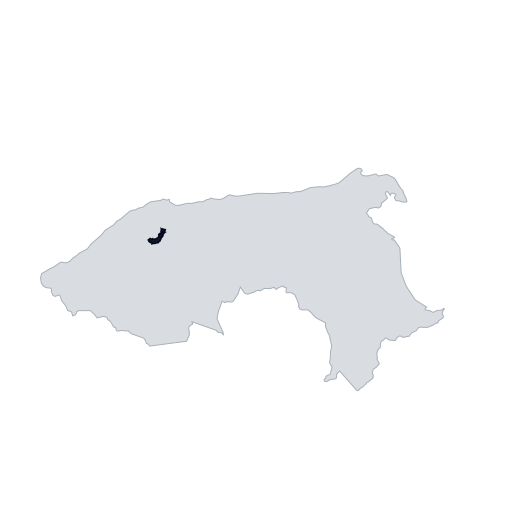 location of Victor Fajardo, Ayacucho, Peru, rotated 109°
{"feature_id": "86281439B25183638653455", "entity_name": "Victor Fajardo", "entity_type": "district", "adm_level": 2, "iso_a3": "PER", "parent_name": "Peru", "parent_adm1": "Ayacucho", "projection": "robinson", "projection_center": [-74.315, -13.871], "detail": "fine", "context": "in_parent", "style": "filled", "palette": "ink", "viewbox_px": 512, "rotation_deg": 109, "n_neighbors": 0, "source": "geoboundaries", "source_scale": "gbopen_adm2", "svg_char_len": 7171}
<svg xmlns="http://www.w3.org/2000/svg" viewBox="0 0 512 512"><g transform="rotate(109 256 256)"><path d="M352.1,149.3L352.0,150.7L350.5,151.4L349.0,150.4L346.9,150.7L343.8,147.4L336.3,147.9L333.0,151.7L328.0,152.6L322.6,154.3L316.5,155.1L306.8,161.1L304.6,163.6L300.2,167.2L296.6,168.4L294.9,179.4L291.4,185.8L290.0,189.4L291.9,194.7L291.9,197.3L289.9,199.4L288.3,199.6L285.0,201.9L280.1,206.7L279.2,210.5L280.8,215.4L280.3,216.0L276.2,216.9L276.3,219.7L275.5,220.7L278.9,224.7L280.8,225.6L280.9,226.6L280.6,227.6L279.8,228.1L279.8,228.9L282.2,231.9L284.0,237.7L287.6,240.6L287.7,242.5L288.7,244.4L290.6,245.8L294.9,251.7L295.0,254.4L290.5,260.7L298.0,260.7L306.2,262.8L307.3,263.8L308.3,266.7L308.4,268.5L310.1,270.0L309.9,273.4L320.8,273.5L327.8,272.6L339.2,262.1L341.0,261.2L340.0,263.5L339.9,265.2L340.5,267.0L339.2,269.6L339.0,295.1L341.0,293.7L343.7,296.1L345.6,296.3L351.9,293.4L359.1,293.8L375.8,327.2L374.3,329.5L374.4,331.2L372.3,332.7L370.2,335.4L370.1,348.6L368.3,352.6L369.3,354.7L370.2,358.9L371.7,361.5L372.1,363.1L371.9,363.7L369.6,365.2L369.4,367.6L365.2,372.3L364.4,375.5L362.8,376.6L362.5,380.2L366.3,386.1L363.9,389.6L361.6,394.8L365.3,405.7L366.9,407.3L368.5,407.2L371.0,408.2L372.3,409.8L369.3,411.9L368.7,412.8L368.9,416.3L365.6,419.1L361.0,425.9L359.8,426.3L357.5,428.4L357.1,429.4L357.5,430.4L359.4,432.4L359.6,434.9L356.3,438.0L354.1,438.4L353.2,439.2L354.1,443.4L354.1,445.4L353.4,447.6L351.7,450.0L346.9,452.6L342.5,453.0L335.1,446.7L332.7,444.1L325.4,438.7L324.2,433.1L321.7,430.4L317.2,428.3L313.6,425.4L310.9,424.1L304.2,417.8L298.1,415.7L286.7,409.1L280.6,406.9L272.7,400.6L268.4,398.9L265.0,396.0L254.7,389.9L253.1,387.9L251.5,384.8L249.2,383.0L246.6,378.8L242.7,376.4L239.0,373.1L234.5,364.3L232.3,362.3L232.2,358.4L230.7,356.5L232.9,355.2L234.3,349.0L233.5,345.9L228.3,337.6L227.3,334.1L223.4,327.8L222.0,323.9L218.9,321.1L217.6,318.7L215.9,317.7L215.8,314.8L214.6,309.2L212.9,306.3L206.8,301.1L206.2,295.4L204.8,291.4L196.3,275.3L191.3,259.8L187.2,251.2L185.4,246.2L185.3,243.6L182.2,239.0L180.5,234.8L173.6,226.8L169.5,217.8L169.0,215.1L166.2,210.2L161.8,203.8L159.6,201.2L146.3,193.3L140.0,188.5L139.2,186.0L139.5,184.6L140.9,183.2L142.8,184.3L144.0,183.8L144.9,182.1L144.9,179.4L143.7,176.0L139.4,169.3L140.5,166.3L136.2,158.6L137.2,151.1L138.2,149.2L144.6,141.7L146.4,138.4L149.1,136.4L152.0,133.4L155.4,131.0L156.3,131.8L157.4,135.9L157.2,138.6L158.1,141.6L155.8,144.3L153.3,143.7L152.2,144.4L151.9,145.7L152.3,147.8L152.9,148.6L154.9,148.7L152.3,152.7L152.5,153.5L154.3,154.2L156.0,153.2L157.8,150.9L158.9,150.6L165.4,154.5L168.4,154.0L170.8,155.8L171.0,158.6L174.3,164.2L179.1,165.5L179.9,165.1L181.0,163.0L182.1,162.7L182.3,159.6L186.5,156.3L187.2,154.1L186.5,152.5L186.6,151.2L189.1,143.9L189.9,143.2L190.6,140.8L191.6,139.4L193.0,131.2L194.1,131.3L195.2,133.2L196.5,132.7L195.8,130.9L196.0,130.2L200.7,123.7L202.2,122.3L224.6,113.3L235.8,104.0L245.7,91.1L248.8,78.0L249.9,78.9L251.8,78.6L251.1,73.3L251.6,70.8L251.5,70.0L248.4,66.9L247.2,63.4L244.5,61.5L244.6,60.7L247.5,61.5L250.0,61.2L252.2,59.0L253.9,59.2L257.6,62.1L260.3,62.4L261.2,64.5L263.8,66.1L267.6,70.6L269.3,75.5L269.2,76.4L270.8,79.0L274.5,80.2L278.1,83.9L281.9,85.0L283.6,88.3L284.6,89.3L285.1,91.2L284.5,93.4L285.1,94.5L287.9,96.5L290.3,96.6L290.8,97.5L292.1,102.9L291.2,105.6L291.6,107.1L294.7,108.5L295.6,109.6L298.1,109.9L301.6,108.7L306.0,110.4L309.4,109.8L310.9,109.3L312.5,108.1L313.8,108.2L317.3,104.7L318.2,104.4L321.9,106.0L325.0,108.3L328.8,107.9L330.4,106.4L333.1,105.6L338.1,108.5L339.2,109.9L340.6,110.2L345.9,113.0L346.9,114.2L349.7,115.3L350.3,116.3L350.1,117.3L337.5,139.5L341.4,141.3L345.1,140.2L346.9,141.7L348.3,145.3L351.2,147.7L352.1,149.3Z" fill="#d9dde1" stroke="#a8b0b8" stroke-width="1"/><path d="M260.7,350.4L260.8,350.6L260.9,350.8L260.9,351.1L260.8,351.4L260.9,351.7L260.8,351.8L260.7,351.9L260.8,352.0L260.9,352.4L260.9,352.6L260.9,352.8L260.9,353.1L260.9,353.4L261.1,353.5L261.3,353.7L261.3,353.8L261.1,354.1L261.0,354.5L261.2,354.4L261.3,354.3L261.5,354.3L262.0,354.1L262.3,354.0L262.4,353.9L262.6,353.9L262.8,354.0L263.0,354.0L263.4,353.9L263.5,353.9L263.5,353.7L263.7,353.4L263.8,353.4L263.8,353.2L263.8,352.9L264.0,352.9L264.3,353.0L264.3,352.9L264.4,353.0L264.5,353.1L264.7,353.3L264.8,353.4L265.2,353.4L265.4,353.2L265.5,353.2L265.6,353.3L265.6,353.6L265.7,353.8L265.8,353.8L266.0,353.9L266.2,354.0L266.2,354.3L266.3,354.3L266.6,354.4L266.6,354.5L266.8,354.6L267.1,354.8L267.2,355.0L267.3,355.0L267.5,355.0L267.6,354.9L267.9,354.8L268.1,354.7L268.6,354.3L268.6,354.2L268.5,353.8L268.9,354.0L269.1,354.3L269.4,354.4L269.4,354.2L269.5,354.0L269.5,353.9L269.5,353.7L269.6,353.9L269.6,354.0L269.8,354.1L270.2,354.3L270.3,354.2L270.5,354.3L270.9,354.8L271.1,354.9L271.2,355.2L271.2,355.3L271.4,355.3L271.5,355.4L271.8,355.4L271.9,355.5L272.0,355.6L272.2,355.8L272.4,355.9L272.5,356.0L272.5,356.5L272.7,356.8L272.8,356.8L272.8,357.0L273.0,357.1L273.3,357.2L273.4,357.3L273.5,357.6L273.5,357.8L273.4,357.9L273.5,358.1L273.6,358.5L273.3,359.0L273.2,359.2L273.5,359.3L273.6,359.6L273.5,359.8L273.5,360.0L273.3,360.1L273.5,360.1L273.7,359.9L273.9,359.9L274.2,360.1L274.3,360.3L274.2,360.4L274.1,360.5L274.1,360.8L274.1,361.0L273.9,361.4L273.8,361.5L273.9,361.8L274.0,361.9L274.1,362.0L274.2,361.9L274.3,361.9L274.5,361.7L274.8,361.6L274.8,361.8L275.0,362.2L275.2,362.3L275.2,362.5L275.4,362.6L275.5,362.9L275.8,363.0L276.1,363.3L276.4,363.5L276.2,363.2L276.1,362.9L276.1,362.4L276.0,362.2L275.8,362.2L275.7,362.0L275.7,361.9L275.7,361.7L275.7,361.4L275.7,361.5L275.8,361.6L276.0,361.8L276.3,361.8L276.5,361.9L276.7,362.0L276.9,361.9L277.1,362.0L277.2,361.9L277.3,361.6L277.2,361.4L277.3,361.3L277.3,361.2L277.5,360.8L277.5,360.7L277.5,360.4L277.5,360.2L277.6,359.9L277.7,359.7L277.7,359.4L277.7,359.2L277.7,358.9L277.5,358.6L277.6,358.4L277.8,358.4L277.9,358.2L278.0,358.2L277.9,358.1L278.0,357.9L277.8,357.8L277.8,357.7L277.7,357.7L277.6,357.3L277.5,357.1L277.4,356.9L277.3,356.6L277.2,356.5L277.2,356.3L277.2,356.2L277.2,355.9L277.1,355.7L276.9,355.6L276.8,355.3L276.7,355.2L276.4,355.0L276.3,354.9L276.2,354.7L276.0,354.2L275.9,354.2L275.7,353.9L275.6,353.7L275.5,353.3L275.5,353.2L275.4,353.0L275.4,352.9L275.1,352.8L274.9,352.7L274.8,352.8L274.8,352.7L274.7,352.6L274.4,352.7L274.2,352.6L273.9,352.4L273.7,352.4L273.6,352.2L273.4,352.0L273.3,351.9L273.2,351.9L273.1,351.7L272.9,351.6L272.7,351.6L272.4,351.7L272.2,351.7L271.9,351.7L271.7,351.6L271.3,351.5L271.1,351.5L270.9,351.5L270.7,351.5L270.4,351.5L270.2,351.6L269.8,351.6L269.7,351.5L269.6,351.4L269.4,351.4L269.2,351.2L268.9,351.1L268.6,351.0L268.5,350.9L268.2,350.8L267.9,350.7L267.7,350.7L267.6,350.8L267.4,350.7L267.2,350.6L266.9,350.6L266.7,350.6L266.4,350.7L266.3,350.8L266.0,350.8L265.9,350.8L265.7,350.9L265.7,351.0L265.8,351.1L265.6,351.2L265.4,351.0L265.4,350.9L265.2,350.8L265.0,350.7L264.8,350.6L264.7,350.5L264.4,350.5L264.3,350.4L264.2,350.4L264.0,350.2L263.9,350.1L263.7,349.9L263.4,349.9L263.2,350.0L263.1,349.9L263.1,350.0L262.9,350.0L262.7,350.3L262.4,350.4L262.4,350.5L262.2,350.5L261.9,350.4L261.8,350.5L261.7,350.5L261.5,350.4L261.4,350.5L261.2,350.6L261.0,350.4L260.8,350.4L260.7,350.4Z" fill="#0f172a" stroke="#020617" stroke-width="1.5"/></g></svg>